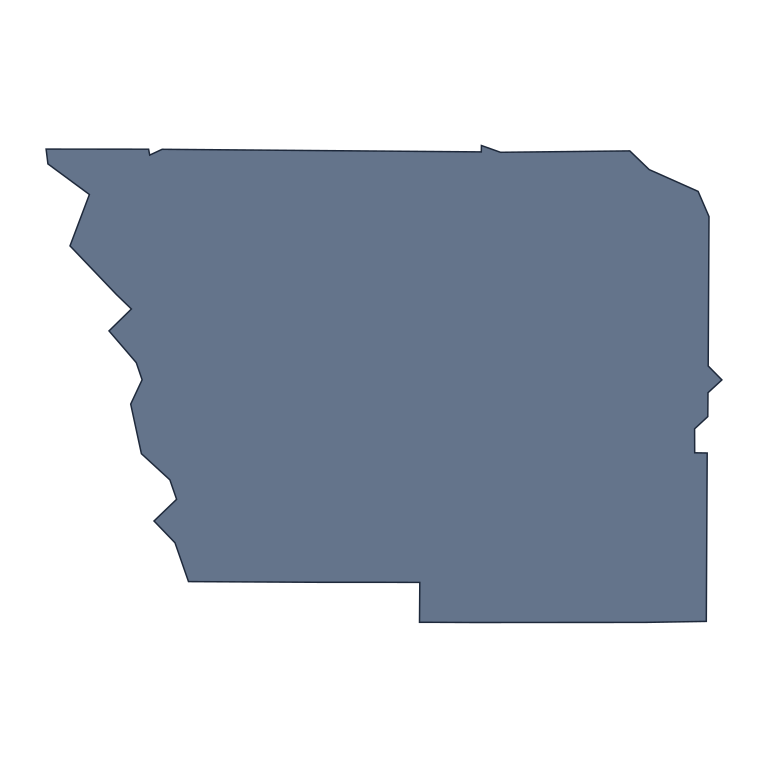 Harris, Georgia, United States of America
{"feature_id": "52423323B69997643015907", "entity_name": "Harris", "entity_type": "district", "adm_level": 2, "iso_a3": "USA", "parent_name": "United States of America", "parent_adm1": "Georgia", "projection": "natural_earth1", "projection_center": [-84.945, 32.728], "detail": "fine", "context": "isolated", "style": "filled", "palette": "slate", "viewbox_px": 768, "rotation_deg": 0, "n_neighbors": 0, "source": "geoboundaries", "source_scale": "gbopen_adm2", "svg_char_len": 667}
<svg xmlns="http://www.w3.org/2000/svg" viewBox="0 0 768 768"><path d="M698.1,191.4L649.2,169.6L629.8,150.9L500.5,152.3L481.4,145.5L481.3,151.9L162.1,149.3L149.7,155.1L148.6,149.2L46.1,149.1L47.9,163.7L47.9,163.9L89.4,194.5L70.0,245.9L116.5,294.6L131.4,309.0L109.0,330.9L120.8,344.6L136.3,362.7L142.1,379.8L130.7,404.1L141.4,453.7L169.9,479.9L176.6,499.3L154.0,521.0L175.0,542.8L188.5,581.6L320.1,582.3L381.0,582.3L412.9,582.4L419.8,582.4L419.5,622.3L429.1,622.3L473.1,622.5L644.7,622.4L706.3,621.4L707.2,453.0L694.7,452.8L694.6,428.8L707.8,416.6L708.0,392.7L721.9,379.9L708.2,366.0L709.0,216.6L698.1,191.4Z" fill="#64748b" stroke="#1e293b" stroke-width="1.5"/></svg>